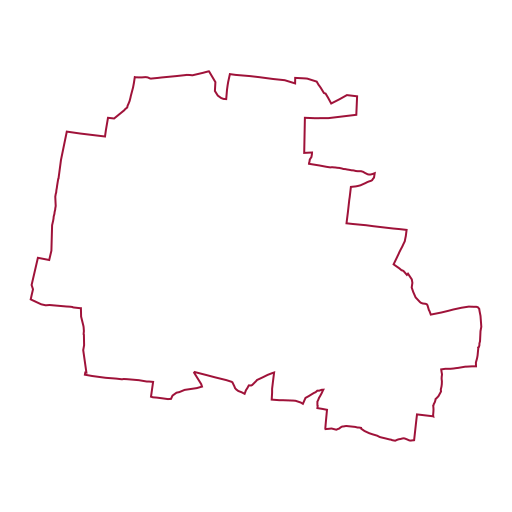 the district of Sucilá, Yucatán, Mexico
{"feature_id": "50627088B76826133075245", "entity_name": "Sucilá", "entity_type": "district", "adm_level": 2, "iso_a3": "MEX", "parent_name": "Mexico", "parent_adm1": "Yucatán", "projection": "orthographic", "projection_center": [-88.347, 21.211], "detail": "fine", "context": "isolated", "style": "outline", "palette": "rose", "viewbox_px": 512, "rotation_deg": 0, "n_neighbors": 0, "source": "geoboundaries", "source_scale": "gbopen_adm2", "svg_char_len": 5190}
<svg xmlns="http://www.w3.org/2000/svg" viewBox="0 0 512 512"><path d="M58.2,178.9L58.1,179.6L57.7,182.0L57.1,185.7L56.8,188.0L56.4,190.1L56.2,192.3L55.7,194.1L55.5,195.4L55.3,196.5L55.3,197.1L55.4,199.4L55.5,201.8L55.7,205.6L55.6,206.7L55.3,208.2L55.2,209.5L54.6,212.1L54.4,213.9L53.8,216.1L53.6,217.2L53.6,218.0L53.1,220.9L52.1,225.2L51.4,250.7L49.2,260.0L37.9,257.8L31.6,285.0L33.0,289.3L31.9,294.0L30.7,299.4L41.2,304.3L45.7,305.3L49.5,305.0L66.5,306.5L70.1,306.7L72.4,307.0L73.1,307.4L80.2,308.2L80.3,308.2L80.9,308.2L81.0,311.8L81.1,316.6L83.4,325.9L83.6,327.1L83.9,331.0L83.6,334.2L83.7,334.4L83.9,334.7L84.1,345.2L83.3,349.7L83.2,350.0L86.4,372.6L85.3,372.5L84.9,374.7L92.1,376.0L105.6,377.8L114.9,378.5L116.2,378.6L122.0,379.3L123.7,379.0L127.4,379.2L137.9,380.1L138.4,380.1L146.6,381.5L148.7,381.5L153.1,381.9L151.6,392.4L151.0,396.7L152.9,397.3L156.8,397.6L162.2,398.3L167.9,399.1L171.0,398.9L172.5,395.6L176.5,392.7L179.3,392.1L184.6,389.9L196.8,388.1L202.0,386.6L201.2,384.1L194.1,372.7L194.7,372.0L195.7,372.3L207.0,375.2L214.9,377.3L226.3,380.1L231.6,381.8L232.2,382.2L232.4,382.3L234.3,386.2L235.1,388.2L236.3,389.5L238.3,391.0L241.5,392.2L244.6,393.8L245.7,390.9L245.9,390.3L247.4,388.0L248.8,385.4L251.1,385.5L252.2,385.0L256.3,380.9L257.0,380.0L259.6,378.8L263.0,377.2L267.6,374.9L272.0,373.2L274.1,372.5L272.9,382.1L272.1,388.8L272.1,392.8L271.7,399.6L279.3,400.2L282.9,400.2L293.5,400.6L295.6,400.8L300.7,402.5L302.9,403.8L305.5,397.9L308.6,396.2L313.8,393.0L315.6,392.2L317.3,390.7L319.1,390.7L321.6,389.8L323.3,389.7L322.6,391.1L321.6,393.3L320.2,395.9L319.0,397.9L318.2,400.0L317.4,401.6L317.4,403.6L317.4,405.3L317.7,405.7L317.4,408.1L322.3,408.9L327.0,409.8L325.9,421.4L325.3,428.4L325.5,429.1L328.8,428.8L331.5,428.5L336.3,429.7L337.9,429.0L339.1,428.6L340.6,427.4L342.0,426.6L342.6,426.5L343.9,426.4L345.2,426.1L346.4,426.0L355.1,426.9L355.9,427.1L357.5,427.5L358.8,427.5L361.1,427.9L361.3,428.8L364.5,431.0L369.2,433.2L372.8,434.4L374.9,435.0L377.2,435.7L379.7,437.0L381.2,437.4L385.4,438.4L389.8,439.5L390.9,439.6L391.7,440.0L392.8,440.3L395.2,440.7L397.4,439.7L399.1,439.2L400.6,439.0L401.5,438.7L403.3,438.3L404.4,438.4L405.3,438.7L407.3,439.5L408.8,440.2L409.7,440.5L410.8,440.6L412.6,440.3L413.4,440.3L414.1,440.2L414.4,437.6L416.3,420.4L417.0,414.4L433.1,416.3L433.3,416.4L433.1,415.1L433.3,412.9L433.4,411.7L433.5,409.4L433.4,407.5L433.2,405.5L433.6,405.0L433.8,404.0L434.7,402.4L435.3,400.6L435.6,399.0L436.0,398.7L437.6,397.1L438.5,396.1L441.0,391.5L440.8,389.5L441.5,386.5L441.8,384.2L441.9,381.3L441.6,378.7L441.7,376.8L441.9,375.3L442.0,374.3L441.5,371.5L441.2,369.4L445.3,368.8L450.4,368.8L453.6,368.5L456.2,368.1L458.1,367.9L465.1,366.7L467.6,366.6L472.5,366.3L476.0,366.3L475.9,362.5L476.9,358.9L477.2,357.6L477.6,355.3L478.1,350.0L478.3,348.5L478.1,347.5L478.9,347.0L479.4,345.2L479.4,343.6L479.7,342.4L480.0,341.3L480.1,339.6L480.5,331.1L481.3,326.8L481.0,322.5L480.5,315.9L479.5,310.8L479.2,308.8L477.8,307.2L476.3,306.8L473.8,306.8L468.8,306.6L463.7,307.4L461.7,307.7L453.3,309.5L448.4,310.8L441.4,312.5L430.8,314.6L429.5,311.1L428.9,310.1L427.5,305.3L426.7,304.2L425.5,303.8L424.7,303.7L422.8,303.5L420.9,302.8L419.9,302.0L415.6,297.4L413.2,291.9L411.7,287.5L412.2,284.1L412.4,282.9L411.8,279.4L410.2,277.0L408.0,273.7L406.9,274.9L403.6,271.1L402.4,270.4L401.6,270.3L399.4,268.4L394.5,265.0L393.6,264.3L394.2,263.1L395.3,260.8L397.0,257.3L397.6,256.0L398.9,253.3L399.1,252.7L400.7,249.5L401.4,248.2L402.3,246.5L403.3,244.3L404.8,241.2L405.0,240.0L405.8,236.1L406.6,229.9L399.6,229.1L393.0,228.5L373.3,226.2L365.9,225.2L361.5,224.8L352.9,224.0L346.5,223.3L347.9,212.2L349.3,199.7L349.7,197.1L350.9,186.9L355.8,186.4L358.2,185.9L360.5,185.3L362.7,184.3L365.4,183.1L367.3,182.1L369.1,181.4L370.8,180.9L372.1,180.2L373.0,178.8L374.0,177.6L374.7,173.2L372.6,174.0L370.6,174.5L368.8,174.5L367.7,174.3L366.9,173.9L365.5,173.2L364.5,172.7L363.3,171.9L361.1,171.2L357.7,171.2L355.8,171.0L353.5,170.4L351.6,170.3L349.1,169.8L347.1,169.5L345.3,169.1L343.4,169.0L341.9,168.5L339.2,167.9L337.4,167.8L335.5,167.5L334.0,167.4L332.0,167.2L330.3,167.4L326.4,166.8L319.0,165.4L318.3,165.3L309.0,163.8L309.1,162.8L309.4,162.0L309.8,159.5L310.9,157.8L311.4,157.1L311.9,154.4L312.0,152.5L304.2,152.9L304.9,117.8L314.7,118.2L328.7,118.1L356.3,114.8L357.1,96.3L346.9,95.1L340.3,98.8L339.4,99.3L331.2,103.5L328.0,97.6L325.6,93.6L323.9,93.0L322.2,90.2L320.8,87.9L319.4,85.9L318.6,84.9L316.7,81.6L307.2,78.6L304.8,78.4L295.2,77.9L295.1,83.4L284.7,80.2L273.1,79.0L260.3,77.3L259.6,77.2L250.1,76.1L235.6,74.9L230.5,74.2L229.9,74.1L228.2,81.8L227.6,85.4L227.0,89.8L226.2,99.1L223.5,98.9L221.1,98.0L217.8,95.6L214.9,91.0L215.4,82.1L209.0,71.3L208.7,71.3L204.9,72.3L203.1,72.8L192.4,75.3L189.8,75.0L186.6,74.9L185.3,75.1L176.1,76.1L161.3,77.5L158.1,77.9L151.9,78.5L151.1,78.6L150.1,78.5L147.7,77.4L145.6,77.1L141.8,77.4L139.9,77.4L138.9,77.4L135.7,77.3L134.8,77.1L133.9,83.0L133.2,86.7L133.1,87.3L130.8,96.0L130.5,97.5L129.6,101.0L128.6,103.5L127.6,105.7L127.2,107.5L126.7,107.9L125.2,109.1L124.3,110.2L114.1,118.5L108.0,117.8L105.9,130.1L105.0,136.5L80.0,133.5L66.8,131.6L61.0,159.8L58.6,177.8L58.5,178.6L58.2,178.9Z" fill="none" stroke="#9f1239" stroke-width="2"/></svg>